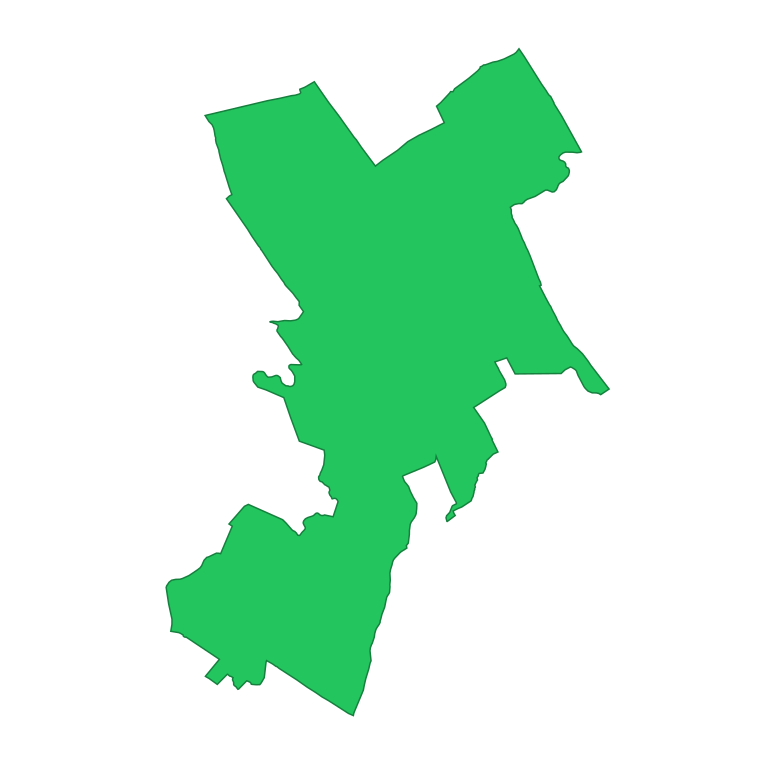 outline of Tutova, Vaslui, Romania, rotated 178°
{"feature_id": "2599482B39338540323692", "entity_name": "Tutova", "entity_type": "district", "adm_level": 2, "iso_a3": "ROU", "parent_name": "Romania", "parent_adm1": "Vaslui", "projection": "albers", "projection_center": [27.57, 46.124], "detail": "fine", "context": "isolated", "style": "filled", "palette": "green", "viewbox_px": 768, "rotation_deg": 178, "n_neighbors": 0, "source": "geoboundaries", "source_scale": "gbopen_adm2", "svg_char_len": 6134}
<svg xmlns="http://www.w3.org/2000/svg" viewBox="0 0 768 768"><g transform="rotate(178 384 384)"><path d="M457.9,681.5L457.7,680.2L457.1,678.6L457.1,678.0L457.4,677.5L458.4,676.8L462.7,675.7L466.3,675.4L478.5,673.1L490.5,671.2L553.4,658.6L549.8,652.4L546.8,649.2L545.4,645.9L544.8,643.0L544.2,638.0L543.6,635.8L543.8,634.0L543.3,630.7L540.9,623.5L540.8,621.9L539.5,615.1L537.3,607.3L536.3,602.1L535.6,600.1L531.7,585.7L529.7,579.4L529.5,578.5L531.9,577.3L535.0,574.7L515.0,543.6L511.1,536.7L504.7,526.5L503.0,524.5L502.3,522.6L501.6,521.9L491.9,505.7L489.5,502.2L486.4,498.1L482.8,492.2L480.6,489.2L479.3,486.5L478.3,485.2L471.9,477.9L469.0,473.6L465.8,469.3L466.1,465.6L461.9,459.1L466.6,452.8L467.9,451.8L470.3,450.9L475.4,450.4L481.2,450.9L487.9,450.0L492.6,450.6L494.7,450.5L495.7,450.2L495.6,449.8L493.5,449.4L491.9,448.5L490.3,448.0L487.8,446.4L487.6,445.4L488.3,443.1L489.1,441.7L489.0,440.4L485.7,435.2L484.0,433.2L478.5,424.7L474.3,417.3L471.1,413.4L468.3,410.7L465.6,406.5L466.1,406.1L468.3,406.1L476.4,406.7L477.8,406.1L478.4,405.3L478.4,403.7L478.1,402.8L476.3,401.0L475.1,399.3L472.9,395.0L473.1,389.5L474.0,386.8L475.3,385.4L477.1,384.8L478.9,384.9L479.8,385.4L482.1,385.6L485.8,388.4L486.8,390.8L487.5,394.1L489.4,395.7L490.6,396.3L491.9,396.3L495.9,395.0L499.5,394.8L501.1,396.2L503.1,399.5L504.0,400.3L505.1,400.7L509.9,401.0L511.9,399.3L514.0,398.1L514.5,397.2L514.8,395.5L514.6,391.7L514.0,390.4L510.2,385.3L502.1,382.2L484.6,373.9L478.7,354.4L470.6,329.8L446.1,320.0L445.7,314.8L447.0,305.4L449.3,299.8L450.8,297.0L451.4,295.0L452.4,293.9L452.6,293.1L452.5,291.1L451.9,289.8L451.1,288.9L449.3,288.3L446.7,285.4L445.0,284.5L444.1,283.6L443.1,283.3L442.5,282.7L441.8,279.8L442.7,277.9L442.7,277.0L442.0,274.9L440.6,273.0L440.0,271.2L439.8,271.0L437.5,271.5L436.1,271.2L434.9,270.0L434.0,268.0L439.5,253.1L448.0,255.2L449.4,254.7L451.2,254.8L452.5,255.4L454.2,257.0L455.4,257.4L456.8,257.0L458.4,255.5L459.8,254.6L464.8,253.2L467.3,252.0L469.1,249.9L469.5,248.7L469.6,247.9L469.2,246.5L467.7,243.5L467.8,242.1L468.7,240.9L471.4,238.3L473.2,235.9L474.0,235.6L475.4,235.9L477.0,238.4L478.4,239.8L480.1,240.6L481.0,241.4L486.8,248.5L490.0,251.9L523.8,268.4L527.8,266.6L543.8,249.5L540.6,247.2L553.2,220.1L554.9,220.6L557.4,220.8L565.5,217.3L567.2,216.9L570.0,214.1L572.5,208.9L574.0,206.9L576.7,204.9L585.5,199.4L592.1,196.7L594.7,196.0L599.2,196.0L603.1,195.3L605.7,193.4L608.2,189.9L608.8,188.3L606.9,171.9L604.1,156.4L604.3,151.3L605.7,144.3L597.8,142.7L595.9,141.8L593.5,140.2L593.4,139.2L592.8,138.5L591.6,137.9L590.6,138.0L558.1,114.6L572.7,98.1L572.2,97.7L569.1,95.8L561.1,89.6L550.7,99.4L550.2,99.2L548.5,97.5L547.1,97.1L545.1,95.8L545.4,95.2L545.7,93.7L544.7,91.1L544.7,88.8L544.2,87.9L542.5,86.6L540.7,84.0L539.9,84.2L531.5,92.2L528.2,90.6L527.3,89.4L527.1,88.6L526.3,88.4L522.2,87.9L518.6,87.9L517.1,89.6L513.9,94.7L511.6,110.0L511.0,111.7L505.1,108.1L501.9,105.6L500.9,105.3L498.6,103.3L481.1,91.1L471.2,83.6L462.7,77.8L456.7,73.3L450.5,69.5L431.0,56.0L426.2,53.7L425.6,56.3L415.3,78.8L414.3,83.4L412.5,90.1L409.1,100.0L407.7,105.4L406.6,107.8L407.3,117.9L406.8,120.9L405.6,123.9L404.7,125.5L402.5,131.5L402.0,134.8L400.7,138.8L399.8,140.4L397.0,144.3L396.2,146.0L396.1,147.4L395.4,149.3L394.1,153.9L391.1,161.0L389.3,168.7L388.6,171.1L386.0,174.9L385.7,175.8L385.1,181.1L385.2,183.1L384.6,187.7L384.7,194.8L383.9,198.5L382.3,203.0L381.5,206.1L380.6,208.0L379.5,209.4L374.2,214.6L372.6,215.9L366.9,219.2L367.3,221.8L365.3,224.1L365.1,225.2L363.9,232.8L363.7,236.8L362.7,242.8L361.6,245.1L358.5,249.1L357.0,251.7L356.4,253.3L355.7,258.2L355.3,263.6L358.5,269.4L361.5,276.0L362.9,280.4L364.0,282.1L367.0,286.0L368.7,290.9L368.2,291.6L347.1,299.5L336.6,304.0L335.9,304.4L335.0,306.4L334.4,310.0L321.1,273.7L315.8,262.8L315.8,261.8L319.5,260.1L320.2,259.4L322.8,253.4L326.0,250.2L326.7,248.1L325.9,244.5L325.7,244.4L324.4,245.2L317.4,250.1L318.7,252.4L319.3,254.7L314.3,257.0L310.5,258.4L301.0,264.2L300.4,265.6L300.4,266.2L299.0,268.4L297.8,272.8L297.8,273.6L297.0,275.2L297.2,276.0L296.3,277.8L296.7,279.8L295.1,283.1L293.9,284.8L294.3,287.1L292.9,289.0L292.9,290.0L292.1,291.3L288.2,291.6L286.1,295.1L285.3,297.6L284.5,300.6L285.1,301.6L284.2,303.0L283.8,304.3L282.6,305.1L282.2,305.8L281.6,306.1L277.3,310.1L272.5,312.1L277.9,324.2L278.0,324.6L277.6,325.0L279.2,328.1L284.9,341.4L295.2,357.4L268.9,373.1L263.0,376.3L262.2,378.6L262.2,379.9L263.3,383.9L268.2,393.1L269.4,396.1L271.2,399.4L272.4,402.2L260.4,405.8L252.6,389.5L206.6,388.3L202.5,391.9L197.1,394.5L195.6,393.9L192.5,391.8L191.3,390.5L189.9,386.1L184.3,374.5L183.0,372.6L180.4,369.8L176.3,367.9L172.2,367.7L169.8,367.1L167.8,365.8L159.2,371.1L176.8,395.7L179.2,399.7L184.5,407.2L189.6,412.5L193.1,415.4L194.3,417.0L199.1,425.3L202.2,429.7L203.8,432.5L205.4,436.0L208.2,441.0L209.8,445.1L213.5,452.6L214.5,455.3L215.9,457.5L219.1,463.9L225.1,476.7L223.5,477.3L224.1,480.3L225.6,483.7L233.5,506.9L236.1,513.6L236.8,514.7L238.9,520.4L240.8,524.3L241.4,526.4L244.4,534.6L245.7,537.2L247.6,540.2L249.1,544.0L250.1,545.6L250.1,547.4L250.8,550.0L250.7,553.7L251.6,556.2L251.1,556.5L248.1,558.5L246.6,559.0L243.1,559.6L239.8,559.4L238.0,560.7L236.6,562.2L234.4,563.6L226.4,566.2L215.9,572.1L214.0,572.1L209.2,570.0L207.2,570.2L205.0,572.1L203.6,574.8L203.2,576.1L201.9,578.1L200.7,579.0L197.9,580.3L192.8,585.4L192.2,586.5L191.5,588.9L191.3,590.6L191.5,591.6L192.1,593.0L192.7,593.6L193.9,594.1L194.5,594.8L194.8,596.0L194.7,597.5L195.6,599.3L197.2,600.5L200.0,601.5L201.2,602.9L201.3,604.5L201.0,605.2L199.7,606.8L196.9,608.7L194.5,609.4L187.6,609.1L183.0,608.4L179.5,608.7L178.5,609.1L197.2,645.9L204.3,658.2L204.3,659.0L207.3,665.4L209.3,667.3L212.1,672.1L216.0,678.1L232.6,706.7L237.4,714.3L240.3,710.8L242.7,709.1L252.8,704.6L259.5,702.5L263.8,701.9L271.7,699.4L273.3,699.4L275.0,698.2L276.7,697.6L277.2,696.0L279.7,693.5L288.7,686.5L303.1,676.6L304.9,673.7L307.2,673.9L308.4,672.3L317.6,663.1L321.8,659.8L314.6,643.0L327.8,636.8L340.3,631.4L351.7,625.4L362.4,617.0L377.4,607.6L385.0,602.1L398.5,621.6L403.1,629.0L405.3,631.7L419.6,653.3L429.4,667.2L443.1,688.5L452.9,683.3L457.9,681.5Z" fill="#22c55e" stroke="#15803d" stroke-width="1.5"/></g></svg>